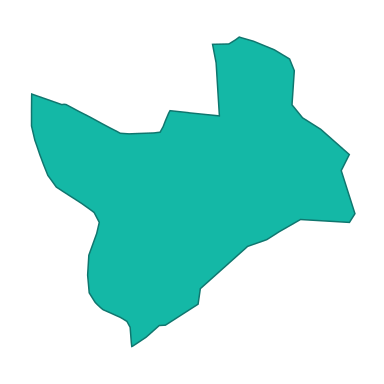 Um Dukhun, Central Darfur, Sudan (Albers equal-area conic projection), rotated 92°
{"feature_id": "16777658B96624341658613", "entity_name": "Um Dukhun", "entity_type": "district", "adm_level": 2, "iso_a3": "SDN", "parent_name": "Sudan", "parent_adm1": "Central Darfur", "projection": "albers", "projection_center": [23.084, 11.374], "detail": "fine", "context": "isolated", "style": "filled", "palette": "teal", "viewbox_px": 384, "rotation_deg": 92, "n_neighbors": 0, "source": "geoboundaries", "source_scale": "gbopen_adm2", "svg_char_len": 1346}
<svg xmlns="http://www.w3.org/2000/svg" viewBox="0 0 384 384"><g transform="rotate(92 192 192)"><path d="M35.5,150.2L38.4,153.8L42.6,160.1L42.8,160.7L43.7,176.6L53.4,174.4L62.1,172.4L114.7,167.3L115.0,167.3L113.0,197.5L112.8,198.6L111.5,216.8L114.1,218.1L121.6,221.0L127.7,223.1L133.4,226.0L133.7,228.4L134.3,232.0L135.6,250.4L136.1,256.9L135.8,265.8L134.5,268.3L130.6,276.6L126.8,284.4L120.7,296.5L115.4,307.9L109.0,320.9L108.8,322.9L109.2,325.2L109.0,325.8L99.7,355.6L100.3,355.6L100.5,355.6L101.5,355.6L109.5,355.4L117.1,355.2L119.4,355.1L131.6,354.7L145.6,350.9L151.2,348.7L160.5,345.2L162.8,344.2L169.4,341.5L180.5,336.6L184.9,333.1L191.8,327.8L196.4,320.2L200.4,313.5L202.9,309.2L204.3,306.9L207.4,301.7L208.4,300.2L209.8,298.1L212.9,293.4L215.9,289.1L225.6,283.6L236.8,285.8L258.8,292.9L266.8,293.1L278.7,293.4L296.4,291.2L305.3,285.2L306.3,284.3L308.0,282.5L310.7,279.4L312.5,277.1L313.1,275.9L315.7,269.3L318.1,263.5L319.6,259.7L320.3,258.3L323.6,252.5L329.4,249.1L344.5,247.4L348.5,246.8L348.3,246.2L343.2,239.0L338.7,232.8L326.6,220.1L326.0,213.9L303.9,182.0L288.3,180.3L267.8,158.9L244.4,134.5L237.0,115.6L228.6,103.4L215.7,82.6L216.9,33.6L208.0,28.4L165.4,43.6L149.1,36.1L124.8,65.6L114.0,84.1L101.4,95.1L67.2,94.0L55.7,99.1L47.1,114.5L39.2,135.7L36.3,147.3L35.5,150.2Z" fill="#14b8a6" stroke="#0f766e" stroke-width="1.5"/></g></svg>